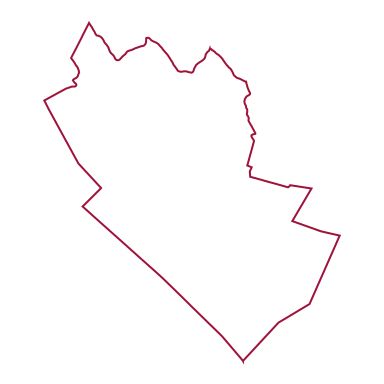 the district of Abu-l-Matamir, Al Buhayrah, Egypt
{"feature_id": "37247803B42865985960585", "entity_name": "Abu-l-Matamir", "entity_type": "district", "adm_level": 2, "iso_a3": "EGY", "parent_name": "Egypt", "parent_adm1": "Al Buhayrah", "projection": "mercator", "projection_center": [30.09, 30.782], "detail": "fine", "context": "isolated", "style": "outline", "palette": "rose", "viewbox_px": 384, "rotation_deg": 0, "n_neighbors": 0, "source": "geoboundaries", "source_scale": "gbopen_adm2", "svg_char_len": 4475}
<svg xmlns="http://www.w3.org/2000/svg" viewBox="0 0 384 384"><path d="M209.9,48.5L209.6,49.3L209.1,50.6L208.7,51.0L207.5,51.9L205.8,54.2L205.5,55.7L205.3,56.3L205.2,57.0L204.4,58.7L203.1,59.9L202.9,60.1L201.9,60.8L198.5,63.0L196.7,64.5L195.9,65.3L195.8,65.5L195.7,65.8L195.0,67.1L194.7,67.6L194.4,68.2L193.9,69.3L193.6,70.7L193.1,71.7L191.7,72.7L188.1,72.0L186.8,71.5L186.6,71.4L185.6,71.3L183.9,71.3L182.7,71.6L180.6,71.8L180.2,71.7L179.8,71.5L179.4,71.4L179.2,71.4L178.8,71.2L178.2,71.0L177.7,70.6L177.5,70.2L177.0,69.5L176.7,69.0L176.5,68.6L176.1,68.2L175.9,68.0L175.6,67.6L175.3,67.0L173.7,65.0L172.9,63.5L172.6,62.5L172.1,61.9L171.9,61.4L171.1,60.4L170.1,58.7L169.3,57.5L168.6,56.3L167.2,54.4L167.0,54.2L166.7,53.9L166.0,53.0L165.3,52.3L164.6,51.5L164.1,50.8L163.0,49.6L162.7,49.2L162.1,48.3L161.7,47.7L160.6,46.7L160.3,46.3L160.1,46.1L158.2,43.9L156.2,42.6L155.2,42.2L153.4,41.4L152.9,41.2L152.3,40.8L151.3,40.3L150.4,39.3L149.7,38.6L149.3,38.2L149.0,38.1L148.0,37.7L147.2,37.9L146.3,38.0L146.2,38.5L146.2,39.8L146.1,41.0L146.1,41.4L146.0,42.2L145.8,43.0L145.6,43.6L145.4,44.0L144.2,45.4L143.6,45.7L143.4,45.8L141.9,46.1L140.4,46.5L138.7,47.1L137.7,47.5L137.2,47.6L136.0,48.0L135.9,48.1L134.6,48.5L133.4,49.3L133.1,49.3L130.9,50.2L130.7,50.2L129.0,50.7L128.7,50.9L127.5,51.4L127.2,51.5L126.8,52.1L126.4,52.6L125.3,54.2L124.4,54.9L123.5,55.6L122.9,56.2L122.6,56.4L121.5,57.6L121.3,57.8L120.3,58.9L120.0,59.3L119.6,59.5L118.9,60.0L118.7,60.1L118.1,60.2L117.6,60.2L116.8,60.2L116.6,60.1L116.0,59.5L115.5,59.3L114.7,57.7L114.4,57.1L114.0,56.2L113.3,55.3L113.2,55.1L112.2,54.3L112.1,54.2L111.1,53.2L110.3,52.3L109.8,51.2L109.3,50.2L109.0,49.3L108.8,48.7L108.4,47.6L108.2,47.1L106.8,45.1L106.4,44.6L106.2,44.4L105.2,43.3L104.3,42.0L103.5,40.2L102.1,38.2L101.7,37.7L100.8,36.9L98.9,35.9L96.6,35.4L96.1,34.7L95.6,34.1L95.4,33.9L94.7,32.1L92.8,29.0L91.9,27.3L90.8,25.7L89.8,24.1L89.2,23.4L89.0,23.0L85.6,29.6L84.3,32.2L84.2,32.3L81.0,38.8L76.2,48.2L71.8,56.6L71.1,58.0L71.7,58.9L73.9,61.8L74.2,62.2L75.1,63.8L75.7,64.9L76.1,65.5L76.8,66.3L77.1,66.7L77.4,67.3L77.9,68.1L78.1,68.8L78.7,70.4L79.1,72.4L78.7,73.4L78.5,73.9L77.6,76.6L77.3,76.9L76.7,77.5L76.0,78.1L75.8,78.2L74.1,79.0L73.7,79.3L73.4,79.7L72.9,80.2L73.1,80.6L73.3,81.0L74.5,82.5L74.8,82.9L75.7,83.5L76.0,84.0L76.4,84.9L76.3,85.2L76.3,85.3L76.1,85.7L75.6,86.1L75.0,86.5L74.9,86.5L72.1,86.6L71.6,86.6L70.8,87.0L70.3,87.2L70.0,87.3L68.7,87.7L67.6,88.1L67.3,88.2L67.0,88.3L66.0,88.6L62.4,90.6L62.1,90.7L44.3,100.5L47.8,107.4L48.6,109.0L78.4,163.5L98.5,185.2L101.1,188.0L100.9,188.3L100.8,188.5L100.3,188.9L82.6,206.5L101.1,223.1L101.8,223.7L113.0,233.7L126.9,246.1L140.7,258.5L156.2,272.3L162.9,278.4L182.7,297.7L192.7,307.6L222.0,336.2L242.7,360.5L243.0,361.0L243.0,360.9L278.5,322.6L309.1,304.3L309.5,304.1L339.7,235.6L327.8,232.9L320.6,231.2L292.3,221.1L294.3,217.7L296.0,214.8L311.5,188.5L290.2,185.2L289.9,185.8L289.8,186.0L288.0,187.3L275.3,183.7L269.3,182.1L256.6,178.5L250.2,176.8L249.8,171.5L251.7,167.3L247.3,165.5L254.0,141.1L253.5,139.7L252.4,138.2L251.6,136.8L251.4,136.4L251.5,135.2L253.0,134.3L253.4,134.3L253.9,134.2L255.2,133.9L255.4,133.2L254.5,131.6L253.4,129.6L253.3,129.4L252.3,127.5L252.2,127.3L251.5,126.0L250.7,124.7L250.5,124.4L249.4,122.4L249.1,121.9L248.5,120.7L248.5,120.0L248.6,119.0L248.8,118.3L248.3,116.9L248.2,116.5L247.1,115.0L246.8,114.0L247.0,113.0L247.1,112.7L247.1,112.3L247.2,111.7L247.3,110.6L247.1,109.2L246.4,108.3L246.1,107.0L245.9,105.8L245.4,104.9L244.7,103.5L244.5,102.0L244.4,101.8L244.4,101.2L244.6,100.4L244.9,99.0L245.6,97.9L246.6,96.4L247.9,95.7L248.5,95.3L249.3,94.9L249.5,94.7L250.0,94.0L250.1,93.3L250.0,92.9L249.7,92.3L249.6,92.1L249.0,91.0L248.3,89.3L247.8,88.1L247.3,86.6L247.1,85.7L247.1,85.4L246.6,84.2L246.4,83.3L246.3,82.6L246.1,81.7L245.7,81.8L244.8,81.3L243.9,80.9L243.0,80.4L239.9,78.8L239.7,78.8L239.0,78.5L238.8,78.5L238.4,78.3L237.7,78.1L236.7,77.7L235.9,77.0L235.1,76.3L234.5,75.8L234.3,75.7L234.0,75.3L233.8,75.0L233.6,74.8L233.3,73.7L232.8,72.7L232.4,71.8L231.7,70.6L231.3,70.0L231.2,69.7L230.2,68.5L228.9,67.5L228.5,67.1L227.8,66.0L227.5,65.8L226.8,65.2L224.2,61.6L223.3,60.2L222.4,58.9L222.2,58.6L221.3,57.6L220.8,57.1L220.3,56.6L220.1,56.4L218.9,55.2L218.0,54.6L217.1,54.0L216.9,53.9L216.7,53.7L216.3,53.4L215.6,52.9L215.1,52.2L214.8,51.9L214.1,51.4L213.5,50.9L213.1,50.6L212.9,50.4L212.7,50.4L212.2,50.3L212.0,50.1L211.9,49.9L211.3,49.3L211.0,49.0L210.5,48.9L210.2,49.1L210.0,48.9L209.9,48.5Z" fill="none" stroke="#9f1239" stroke-width="2"/></svg>